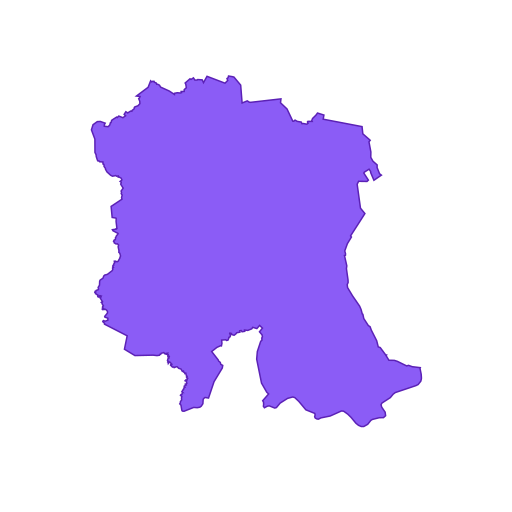 Līgatnes pag., Ligatnes, Latvia (Mercator projection), rotated 194°
{"feature_id": "27541924B81159973415171", "entity_name": "Līgatnes pag.", "entity_type": "district", "adm_level": 2, "iso_a3": "LVA", "parent_name": "Latvia", "parent_adm1": "Ligatnes", "projection": "mercator", "projection_center": [25.09, 57.19], "detail": "fine", "context": "isolated", "style": "filled", "palette": "violet", "viewbox_px": 512, "rotation_deg": 194, "n_neighbors": 0, "source": "geoboundaries", "source_scale": "gbopen_adm2", "svg_char_len": 6134}
<svg xmlns="http://www.w3.org/2000/svg" viewBox="0 0 512 512"><g transform="rotate(194 256 256)"><path d="M408.6,269.1L404.9,258.6L401.1,258.9L400.7,258.5L400.1,255.6L397.6,249.0L398.4,248.6L398.3,248.2L401.7,246.8L400.9,245.9L395.3,244.5L395.4,243.6L396.4,241.6L396.4,240.8L396.8,239.7L396.5,238.8L396.5,237.8L397.4,237.3L397.8,235.8L397.0,235.3L396.8,234.5L394.7,233.8L393.4,234.3L392.0,233.4L392.0,231.6L390.2,227.8L390.0,226.4L388.8,225.7L387.4,223.2L387.7,221.8L387.5,221.4L388.6,217.4L389.4,216.8L391.5,217.0L391.5,216.2L392.1,216.3L391.6,215.0L392.2,213.5L391.8,212.8L392.5,212.1L392.2,211.5L392.4,210.7L391.6,210.4L392.2,209.4L391.7,208.3L392.0,207.0L395.8,202.2L398.2,200.9L398.9,199.7L399.1,197.5L401.4,194.9L401.6,193.7L400.8,189.8L401.6,187.4L400.8,185.8L401.1,185.0L402.7,184.0L402.9,183.1L403.5,182.9L403.6,181.7L402.7,181.4L402.9,181.1L402.6,180.6L400.1,179.9L400.2,179.4L399.7,178.4L399.1,178.0L398.8,178.3L398.9,179.1L397.8,179.8L397.4,179.8L397.6,179.0L397.4,178.5L396.5,179.2L396.6,178.3L397.2,177.7L393.9,174.5L394.9,173.6L393.9,173.0L393.7,172.3L392.0,170.7L392.6,169.9L392.2,167.0L391.7,166.9L391.3,168.1L390.4,167.3L389.8,167.9L388.0,167.4L386.8,166.4L386.3,164.8L388.2,160.8L387.8,160.1L384.7,159.8L384.2,157.9L386.7,156.2L388.3,156.5L388.9,155.6L388.7,155.2L386.6,154.0L386.5,153.2L361.7,147.4L361.1,133.7L349.4,130.1L331.9,134.9L328.0,135.4L325.6,136.4L325.3,137.5L324.7,137.6L324.5,138.6L322.1,140.0L321.0,139.1L318.5,140.2L319.0,139.0L317.4,139.3L317.2,138.9L317.6,138.3L317.0,137.6L317.2,137.1L316.9,136.7L316.1,137.7L315.8,137.5L316.0,136.7L315.8,135.8L316.6,135.0L316.6,133.1L315.8,132.7L316.0,131.8L315.6,131.7L315.1,130.5L314.7,131.4L315.0,132.3L314.0,132.3L311.4,130.6L311.5,130.1L312.4,130.5L312.5,129.4L310.2,128.0L308.9,128.4L308.4,127.9L306.5,129.3L305.6,129.4L303.8,128.3L301.5,128.2L299.6,126.3L298.6,126.8L298.3,125.9L297.3,125.7L296.5,124.7L295.8,125.3L294.8,123.4L293.7,122.5L294.2,121.8L292.9,121.0L293.3,120.7L292.9,120.3L292.9,119.1L294.1,118.8L294.6,117.8L293.1,117.6L293.0,116.9L292.3,115.8L292.7,114.8L293.6,114.7L293.5,114.1L292.7,113.8L294.1,112.4L293.3,111.4L294.0,111.2L293.8,110.5L294.3,109.1L294.0,108.8L294.5,108.3L295.1,106.4L294.0,105.8L294.4,105.7L294.4,103.7L295.2,103.4L295.6,102.6L294.0,101.7L293.9,100.0L293.3,98.4L294.1,96.5L293.9,95.2L294.2,94.1L292.7,93.1L290.9,88.9L290.4,88.0L289.5,87.7L288.2,88.0L279.8,94.0L276.3,94.6L273.9,95.7L272.8,97.0L271.8,99.8L272.5,103.7L272.5,104.5L271.7,105.9L271.2,106.4L267.7,106.7L266.3,123.9L261.6,139.1L261.8,141.8L264.0,142.4L264.9,144.1L266.8,145.0L267.5,146.0L275.9,152.6L271.8,157.9L268.6,160.4L267.8,160.4L267.9,163.0L269.0,166.1L265.1,167.4L264.2,166.9L262.9,167.5L262.5,169.3L262.6,170.5L261.8,171.0L261.5,172.0L261.8,173.2L262.8,174.5L262.7,174.9L261.0,174.9L260.6,173.9L258.1,173.8L256.7,175.5L256.2,176.8L253.2,178.2L253.7,179.5L252.4,180.1L251.2,179.1L248.7,180.2L249.2,181.4L246.0,181.8L242.5,184.3L241.9,186.0L237.6,185.8L235.7,189.5L232.3,187.6L234.3,183.3L231.1,181.0L230.2,179.1L230.6,177.7L230.1,177.0L230.1,176.1L229.9,175.6L230.8,174.4L231.6,163.6L230.4,156.1L219.9,134.0L212.6,126.4L210.4,125.2L214.5,117.2L213.4,116.1L212.7,113.9L212.5,112.0L211.1,110.8L208.7,113.0L206.9,113.8L201.0,113.0L199.5,113.9L197.0,119.1L190.9,125.5L186.2,128.1L184.1,128.0L179.3,125.3L170.4,118.8L160.9,117.5L160.2,116.1L160.2,114.2L159.3,113.1L157.4,112.6L155.9,112.8L153.9,114.6L145.3,118.7L135.6,126.3L133.4,126.6L128.6,124.7L124.7,122.4L118.6,117.9L115.6,116.5L112.6,116.0L110.2,116.6L106.9,119.7L104.8,124.3L103.5,125.6L97.3,128.9L93.2,130.0L91.6,132.4L92.9,135.7L97.5,139.8L98.7,142.0L98.2,143.8L91.4,151.1L89.5,155.1L87.8,157.2L69.5,168.9L67.6,170.5L65.8,174.4L65.8,176.8L66.1,178.1L67.1,181.2L69.7,186.7L69.6,187.4L77.6,186.4L81.6,186.8L83.2,185.8L93.4,188.0L96.6,188.2L101.8,187.0L106.0,191.1L105.6,191.5L106.5,191.6L113.3,197.2L115.4,197.4L118.4,203.0L126.2,212.0L128.2,215.0L130.2,215.7L136.3,221.4L138.2,225.3L138.8,225.4L141.1,229.5L143.3,232.4L152.7,240.7L159.5,247.5L160.6,250.3L160.2,252.5L160.9,255.0L165.2,265.6L165.5,268.4L170.3,277.9L169.4,278.3L169.6,279.7L171.1,282.4L170.3,290.1L168.0,297.5L169.1,298.4L160.6,323.5L166.2,327.7L175.2,350.1L174.5,353.3L166.3,355.2L165.3,356.8L171.4,362.5L171.2,363.5L167.3,367.6L165.3,365.8L164.8,364.5L159.9,358.0L153.9,364.8L156.0,365.7L159.9,371.1L160.5,373.7L165.5,376.3L168.5,379.5L169.7,384.7L174.0,394.1L173.2,395.9L181.9,400.4L184.4,407.2L223.9,405.0L224.2,409.2L230.9,409.6L231.9,407.2L234.4,403.1L234.7,400.7L234.2,400.2L238.2,399.2L238.5,398.7L238.3,398.1L237.6,397.5L238.6,396.2L242.1,396.0L243.4,395.5L244.5,396.9L248.6,396.6L251.0,397.3L252.0,395.9L252.9,395.7L261.5,406.2L269.3,410.6L269.8,414.5L298.4,403.8L299.6,403.6L302.0,404.4L306.5,401.1L312.2,418.1L320.7,424.3L322.5,424.3L326.2,424.0L326.2,422.2L327.1,421.2L325.9,419.5L327.9,416.2L347.0,418.5L348.9,411.5L350.8,413.9L355.3,413.1L355.7,412.5L357.8,411.9L359.8,413.7L361.8,411.6L362.9,412.0L366.6,406.7L365.7,405.7L364.3,402.4L365.9,400.1L365.5,398.3L368.4,397.5L367.8,396.5L369.0,395.8L371.8,395.4L374.4,394.2L374.2,393.0L380.1,395.1L389.4,396.8L391.0,398.4L393.1,398.9L393.9,398.6L394.8,399.8L396.8,400.0L397.1,400.8L398.4,400.6L399.3,399.7L400.6,400.5L401.5,393.6L410.7,382.3L407.1,382.7L407.3,381.2L407.9,380.3L406.2,378.0L405.5,375.7L406.9,373.2L409.6,371.4L410.0,370.7L409.8,369.4L411.5,367.2L411.5,366.4L412.7,366.3L415.1,363.8L417.2,364.5L418.2,361.5L416.5,360.5L418.6,358.0L423.0,358.6L424.1,356.8L424.8,357.1L427.3,354.5L428.9,352.7L428.9,350.4L429.5,350.1L429.6,347.6L430.8,345.7L434.6,345.2L434.9,346.7L434.5,348.4L439.6,348.9L442.5,348.0L445.9,344.0L446.2,338.6L440.6,330.4L437.3,317.5L435.7,315.6L435.0,313.7L433.1,310.7L432.4,310.0L431.5,310.3L430.5,309.6L427.3,310.2L426.7,308.2L426.0,308.2L425.4,307.4L425.1,306.1L423.3,304.6L423.0,303.7L420.9,301.5L416.6,299.2L414.6,298.7L411.5,300.1L410.5,299.7L409.0,300.3L408.7,299.2L408.0,299.5L405.7,298.9L404.6,297.6L404.7,296.9L405.9,295.5L404.6,294.9L404.4,294.4L404.7,293.1L404.4,292.7L401.3,289.7L402.6,286.4L401.8,285.1L401.9,283.9L400.6,282.7L400.6,280.2L399.8,278.7L408.6,269.1Z" fill="#8b5cf6" stroke="#5b21b6" stroke-width="1.5"/></g></svg>